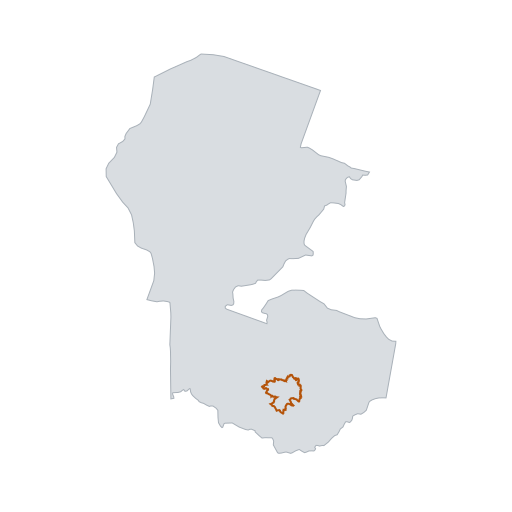 Shiwang'Andu, Muchinga, Zambia (highlighted), rotated 110°
{"feature_id": "96606910B14962040673296", "entity_name": "Shiwang'Andu", "entity_type": "district", "adm_level": 2, "iso_a3": "ZMB", "parent_name": "Zambia", "parent_adm1": "Muchinga", "projection": "robinson", "projection_center": [31.599, -11.088], "detail": "fine", "context": "in_parent", "style": "outline", "palette": "amber", "viewbox_px": 512, "rotation_deg": 110, "n_neighbors": 0, "source": "geoboundaries", "source_scale": "gbopen_adm2", "svg_char_len": 9017}
<svg xmlns="http://www.w3.org/2000/svg" viewBox="0 0 512 512"><g transform="rotate(110 256 256)"><path d="M334.3,343.6L314.1,343.6L306.8,345.4L300.8,348.2L293.6,352.5L289.4,355.5L288.3,357.2L287.7,360.9L287.8,366.6L287.1,370.7L284.9,374.4L274.0,378.9L266.9,382.6L259.9,387.0L254.6,392.7L251.0,399.7L245.1,408.4L232.6,423.9L225.3,426.7L219.2,426.1L211.8,422.8L206.0,422.2L201.6,424.2L197.6,423.6L193.9,420.4L190.8,419.2L188.4,420.1L185.2,419.9L179.3,418.1L174.3,412.6L171.5,410.3L169.4,409.5L163.4,408.6L149.5,407.3L135.2,410.0L122.6,412.8L109.6,400.5L97.1,387.5L94.4,384.2L89.7,379.9L86.3,377.7L85.0,376.7L81.5,365.1L79.5,354.4L78.4,252.0L135.1,252.0L138.7,251.5L138.8,250.4L136.2,245.0L136.3,243.0L137.0,239.3L139.4,231.9L139.6,229.4L138.4,221.3L138.4,216.8L139.0,207.7L138.6,204.6L139.9,200.5L140.3,197.8L140.8,196.6L140.2,193.5L139.0,182.7L138.3,178.1L141.7,178.8L142.8,181.0L143.5,183.5L145.0,183.6L149.1,185.1L150.5,187.1L151.4,191.4L150.9,193.6L149.6,195.4L150.9,197.0L153.6,198.1L155.2,197.8L159.8,194.8L163.9,193.7L166.1,192.9L175.5,191.0L177.3,189.9L178.6,189.9L179.6,190.8L178.7,193.9L178.5,196.6L179.7,201.8L180.5,204.2L182.5,205.9L183.9,206.8L185.5,208.7L188.8,208.4L196.0,211.0L198.2,212.2L201.2,213.4L203.3,213.9L210.7,214.8L218.6,216.3L222.6,216.4L225.5,216.0L227.5,215.3L228.7,214.5L229.3,213.7L232.2,203.9L233.7,203.2L235.6,202.7L236.8,203.6L238.1,209.7L243.7,215.3L245.7,220.0L247.1,224.0L248.3,225.1L250.5,226.5L253.9,227.0L257.0,227.1L272.2,234.0L273.9,235.2L275.8,238.9L276.9,243.0L278.1,246.2L280.1,246.9L281.8,247.1L283.6,249.3L284.9,251.3L289.4,259.4L290.0,262.6L292.2,264.7L295.2,265.6L297.9,265.7L299.5,264.8L303.4,263.1L306.4,261.2L308.6,260.6L309.9,261.0L310.9,262.3L311.6,266.3L313.8,267.7L315.4,267.1L316.0,265.5L316.0,264.7L315.9,222.6L314.5,222.9L312.7,224.1L308.7,224.3L307.2,225.2L306.7,226.5L307.0,228.3L307.1,230.6L306.5,231.8L304.7,232.2L302.2,231.3L297.5,230.1L293.7,229.3L290.9,226.2L287.1,221.4L284.7,219.0L278.7,214.1L277.7,213.1L275.9,210.7L274.4,206.8L272.9,202.2L272.1,199.3L273.5,194.9L276.9,180.3L277.7,175.7L280.6,171.1L280.8,167.0L279.6,161.7L279.9,158.8L280.2,142.1L279.4,136.8L277.5,130.9L273.2,122.8L273.2,121.0L279.8,115.7L281.7,113.7L285.2,109.4L287.5,105.8L288.9,102.8L289.4,99.0L288.3,95.4L290.6,94.7L344.9,85.3L345.7,87.8L347.3,91.9L349.2,95.0L351.5,97.7L353.5,99.3L354.8,99.8L363.2,99.6L366.2,101.2L368.8,103.3L369.4,106.5L371.2,108.5L373.0,110.1L373.8,110.3L375.2,109.9L377.4,109.8L379.5,110.5L380.5,111.2L380.6,113.9L381.2,115.1L384.1,115.6L386.9,115.8L389.7,117.6L392.7,117.9L396.2,118.6L397.8,120.6L401.5,122.6L406.1,124.4L411.0,127.4L411.1,128.3L412.0,130.0L412.9,131.3L412.9,133.1L413.4,134.8L414.6,135.2L415.7,135.4L416.7,134.1L418.0,134.2L419.4,134.9L420.0,136.9L421.1,139.6L422.9,141.4L424.2,143.1L423.7,146.3L423.0,149.2L425.5,152.1L428.7,154.8L429.6,156.0L429.8,160.1L430.3,161.5L432.5,164.8L433.6,167.1L433.5,168.4L427.6,175.1L423.9,176.1L422.3,177.5L421.4,178.9L423.7,185.5L425.0,188.1L423.9,191.2L421.6,196.6L420.5,197.1L420.3,201.1L421.0,202.6L422.2,203.8L422.6,206.5L422.5,213.4L421.0,221.2L423.7,227.9L424.6,228.7L428.3,228.7L428.9,229.3L428.0,231.2L425.5,234.2L420.7,236.5L414.0,239.1L412.6,241.6L411.7,245.1L412.4,247.2L413.3,248.4L413.0,251.6L412.4,254.8L412.6,257.4L412.3,259.7L411.4,260.8L410.3,264.3L408.8,267.8L407.7,269.4L406.0,271.0L403.3,272.4L403.3,273.1L406.4,274.7L407.1,275.8L407.4,276.6L406.2,278.3L407.6,279.4L409.3,280.3L410.9,282.6L412.7,286.9L413.0,287.4L413.6,287.4L414.6,286.9L416.4,285.2L417.8,284.5L419.4,287.1L391.2,297.8L384.6,300.0L374.7,303.8L371.5,305.2L368.9,306.6L342.7,315.0L338.6,316.6L329.3,320.9L329.0,321.6L329.1,323.6L329.9,327.6L331.6,331.3L332.9,333.4L333.8,338.8L334.3,343.6Z" fill="#d9dde1" stroke="#a8b0b8" stroke-width="1"/><path d="M394.8,176.9L394.7,176.9L394.6,177.0L394.5,176.8L394.3,176.8L394.2,176.7L394.1,176.8L393.8,176.9L393.6,176.9L393.6,177.0L393.5,176.9L393.3,176.9L393.0,177.0L392.9,177.1L392.7,177.1L392.5,177.3L392.4,177.5L392.4,177.4L392.1,177.4L391.9,177.5L391.6,177.4L391.3,177.3L391.1,177.4L391.0,177.0L390.8,176.9L390.8,176.5L390.7,176.5L390.7,176.3L390.5,176.0L390.6,175.9L390.5,175.6L389.8,175.8L389.6,176.0L389.4,175.9L389.0,175.9L388.7,176.2L388.4,176.3L387.9,176.6L387.6,176.6L387.3,176.8L387.1,176.8L386.8,176.7L386.6,176.7L386.3,176.7L385.7,176.5L385.3,176.5L385.0,176.3L384.6,176.3L384.4,176.2L384.0,175.8L383.8,175.2L383.7,174.6L383.7,173.2L384.1,171.9L384.2,171.5L383.9,169.8L383.7,169.7L383.6,170.1L383.2,170.6L383.2,171.1L382.9,171.4L383.0,171.5L382.9,171.7L382.8,171.9L382.8,172.1L382.6,172.1L382.5,172.4L382.4,172.7L382.0,172.9L381.9,172.9L381.8,173.0L381.5,173.1L381.3,173.2L381.1,173.6L380.8,173.8L380.7,174.0L380.1,174.5L379.9,174.7L379.7,174.8L379.6,175.0L379.4,174.8L379.2,174.8L378.9,174.7L378.1,174.7L377.7,174.1L377.3,173.6L377.3,173.4L376.7,172.2L377.2,171.9L377.3,171.7L377.1,171.0L376.9,168.8L377.4,168.0L377.7,167.2L378.0,166.7L378.1,165.9L377.9,165.7L377.5,165.7L376.9,166.0L375.6,166.0L375.2,166.1L374.8,166.0L374.5,165.7L374.2,165.6L373.9,166.0L373.7,166.0L373.4,166.1L373.2,166.4L373.0,166.5L372.9,166.5L373.0,166.4L372.8,166.2L372.7,166.3L372.5,166.2L372.3,166.3L372.4,166.1L372.2,166.2L371.9,166.1L371.7,166.2L371.8,166.3L371.6,166.4L371.3,166.4L371.2,166.5L371.0,167.0L370.7,166.9L370.8,166.7L370.5,166.9L370.5,167.1L370.4,167.1L370.2,167.3L370.3,167.5L369.5,167.8L368.9,167.5L368.5,167.5L368.2,167.8L368.0,168.2L367.9,168.3L367.7,168.3L367.1,167.5L366.6,167.4L366.3,167.6L366.3,167.9L366.0,168.1L365.9,168.3L365.5,168.7L365.3,168.7L365.1,168.9L364.4,169.0L364.1,169.2L363.9,169.3L363.4,169.3L362.5,169.7L362.5,170.1L362.9,170.3L363.0,170.6L363.0,170.8L362.3,170.6L361.9,170.8L361.8,171.1L362.1,171.8L362.0,172.3L362.2,172.6L361.7,172.9L361.6,173.1L361.2,173.4L360.9,173.6L360.7,173.6L360.6,173.2L360.2,172.9L359.7,173.2L358.8,172.9L357.9,173.3L357.3,173.7L356.9,174.0L356.7,174.3L356.7,174.5L357.0,174.8L357.3,174.9L357.3,175.5L357.5,175.7L357.8,175.2L358.0,175.1L358.5,175.3L359.0,176.0L358.4,176.7L358.2,176.3L357.9,176.2L357.3,176.3L357.1,176.6L357.1,176.9L357.2,177.1L357.9,177.7L358.2,178.1L358.1,178.3L357.9,178.5L357.4,179.1L357.2,179.9L357.1,180.0L356.5,180.4L356.0,181.2L355.6,181.4L355.6,181.6L355.8,181.6L355.8,182.0L355.9,182.4L355.9,182.6L356.1,182.6L356.3,182.8L356.4,182.6L356.4,182.9L356.5,183.2L356.8,183.0L357.1,183.2L357.2,183.3L357.3,183.3L357.3,183.5L357.6,183.7L357.8,183.7L357.8,183.8L357.9,184.0L358.0,184.1L358.4,184.6L358.7,184.5L358.9,184.5L359.0,184.7L359.3,184.8L359.2,184.9L359.3,184.9L359.7,184.8L359.8,184.9L360.0,184.8L360.0,185.0L360.3,184.9L360.5,185.0L360.8,185.1L360.9,185.3L361.1,185.3L361.1,185.2L361.4,185.1L361.5,185.2L361.8,185.1L362.0,185.2L362.3,184.9L362.6,185.2L363.0,185.1L363.0,185.3L363.3,185.3L363.3,185.5L363.4,185.4L363.4,185.6L363.5,185.8L363.4,185.9L363.5,185.8L363.7,186.0L363.8,186.2L363.8,186.5L363.6,186.8L363.6,187.0L363.7,187.3L363.5,187.7L363.5,188.0L363.7,189.0L363.3,189.7L363.3,189.9L363.5,190.1L363.9,192.0L364.0,191.9L364.9,192.3L365.1,192.7L365.1,193.0L364.7,193.7L364.5,194.5L364.6,195.4L364.4,195.9L364.3,196.1L364.2,196.2L364.2,196.3L364.4,196.7L364.9,196.7L365.6,196.2L365.9,196.3L365.9,195.9L366.3,196.0L366.9,195.6L367.4,195.4L367.6,195.4L367.8,195.5L368.0,196.5L368.2,197.0L368.2,197.3L368.0,197.6L368.0,197.9L368.1,198.6L368.0,199.3L368.1,199.6L368.6,200.4L370.5,201.5L369.9,202.6L369.8,203.0L371.3,202.9L371.9,202.3L372.6,202.4L372.8,202.3L372.9,202.2L373.2,202.2L373.3,202.0L373.5,202.5L373.8,202.7L374.0,203.3L374.2,203.5L374.4,204.0L375.2,203.9L375.4,203.9L375.7,203.8L375.9,204.1L376.0,204.1L376.1,204.3L376.3,204.4L376.4,204.5L376.4,204.8L376.2,204.8L376.2,205.0L376.3,205.1L376.2,205.3L376.4,205.5L376.5,205.5L376.8,205.6L376.9,205.4L377.0,205.2L377.2,204.8L377.1,204.6L377.3,204.4L377.5,204.2L377.8,203.8L378.0,203.6L378.0,203.3L377.8,203.2L377.7,202.8L377.8,202.4L377.4,202.0L377.3,201.8L376.9,201.7L376.7,201.5L376.7,201.1L377.3,199.9L377.3,199.5L377.1,199.1L377.3,199.0L377.6,198.9L378.0,199.1L378.2,199.3L379.1,199.6L380.7,199.8L381.1,199.8L381.4,199.3L381.3,199.1L381.1,199.1L380.9,198.7L381.1,198.3L381.2,197.8L381.4,197.2L381.5,196.8L381.4,196.4L381.4,196.2L381.5,195.7L381.8,194.4L382.1,193.8L382.4,193.8L382.8,193.6L382.6,193.5L382.5,193.2L382.1,192.8L381.9,192.7L382.0,192.5L382.3,192.1L382.2,191.7L382.3,191.4L382.0,190.8L381.7,190.5L381.5,190.0L381.5,189.5L381.8,188.7L381.6,187.9L382.2,188.3L382.6,188.8L383.1,188.9L383.2,189.1L383.6,189.3L383.8,189.6L384.6,189.5L385.2,189.7L385.9,189.5L386.3,189.5L386.4,189.3L386.7,189.3L386.9,189.4L387.3,189.4L387.5,189.3L387.9,189.4L388.3,190.1L388.6,190.3L389.0,190.5L389.9,191.2L390.2,191.7L390.3,191.5L390.3,190.8L390.4,190.4L390.6,190.1L390.9,189.8L391.0,189.5L391.2,189.4L391.1,188.9L391.2,188.7L390.9,188.0L390.9,187.9L391.0,187.6L391.5,186.8L391.6,186.4L392.2,186.0L392.6,185.4L394.3,183.7L393.6,182.9L393.3,182.1L393.2,182.0L392.8,181.3L393.1,180.6L393.8,180.2L394.1,179.8L394.2,179.4L394.4,178.9L394.5,178.4L394.6,177.9L394.6,177.5L394.8,176.9Z" fill="none" stroke="#b45309" stroke-width="2"/></g></svg>